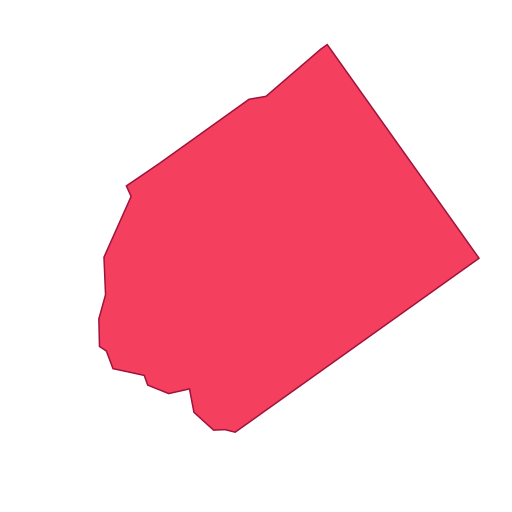 the district of Dooly, Georgia, United States of America, rotated 324°
{"feature_id": "52423323B79828539547884", "entity_name": "Dooly", "entity_type": "district", "adm_level": 2, "iso_a3": "USA", "parent_name": "United States of America", "parent_adm1": "Georgia", "projection": "mercator", "projection_center": [-83.877, 32.16], "detail": "fine", "context": "isolated", "style": "filled", "palette": "rose", "viewbox_px": 512, "rotation_deg": 324, "n_neighbors": 0, "source": "geoboundaries", "source_scale": "gbopen_adm2", "svg_char_len": 453}
<svg xmlns="http://www.w3.org/2000/svg" viewBox="0 0 512 512"><g transform="rotate(324 256 256)"><path d="M435.1,388.9L436.1,298.0L437.9,126.8L430.1,126.7L357.9,132.7L342.5,125.1L231.8,124.3L192.3,123.1L190.0,134.4L132.3,167.6L111.5,198.9L91.9,214.5L76.2,237.2L79.1,244.9L74.1,263.1L95.4,286.9L92.5,296.8L104.5,316.0L124.1,324.4L113.9,346.0L119.3,371.9L128.9,378.3L135.6,386.3L435.1,388.9Z" fill="#f43f5e" stroke="#9f1239" stroke-width="1.5"/></g></svg>